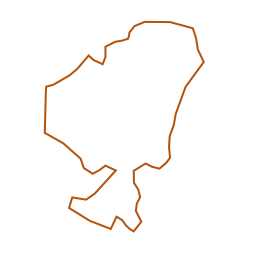 SVG path tracing the border of Nisporeni, rotated 83°
{"feature_id": "MDA-1642", "entity_name": "Nisporeni", "entity_type": "District", "adm_level": 1, "iso_a3": "MDA", "parent_name": "Moldova", "parent_adm1": "", "projection": "robinson", "projection_center": [28.24, 47.078], "detail": "fine", "context": "isolated", "style": "outline", "palette": "amber", "viewbox_px": 256, "rotation_deg": 83, "n_neighbors": 0, "source": "natural_earth", "source_scale": "10m", "svg_char_len": 836}
<svg xmlns="http://www.w3.org/2000/svg" viewBox="0 0 256 256"><g transform="rotate(83 128 128)"><path d="M77.0,204.1L76.0,196.9L68.5,179.4L63.2,171.2L51.3,158.2L56.4,153.8L61.6,145.4L54.7,141.7L44.6,140.5L40.9,130.3L40.6,123.6L39.5,117.2L36.5,115.7L33.5,115.0L27.6,109.0L24.7,98.5L28.0,73.4L36.9,51.5L47.3,49.5L58.6,49.1L71.8,44.8L94.1,65.8L119.8,78.9L130.6,82.2L141.2,87.6L151.9,89.6L162.7,89.9L167.6,94.7L172.2,101.9L169.4,108.8L165.4,114.8L171.2,127.5L183.1,128.8L190.4,125.3L198.1,124.4L204.2,128.5L211.2,130.3L222.7,126.2L231.3,135.0L228.2,138.8L224.4,142.0L218.7,145.0L214.6,150.2L226.1,157.4L215.5,177.2L200.2,196.2L190.1,191.8L194.0,178.3L189.0,168.9L168.7,145.3L162.6,155.0L166.4,161.5L169.1,168.7L162.3,176.8L152.8,178.7L135.4,194.0L122.7,211.2L80.5,204.9L77.0,204.1Z" fill="none" stroke="#b45309" stroke-width="2"/></g></svg>